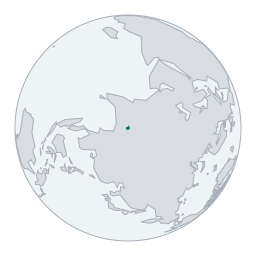 globe centered on Bagmati, rotated 127°
{"feature_id": "NPL-1130", "entity_name": "Bagmati", "entity_type": "District", "adm_level": 1, "iso_a3": "NPL", "parent_name": "Nepal", "parent_adm1": "", "projection": "orthographic", "projection_center": [85.32, 27.846], "detail": "fine", "context": "on_globe", "style": "filled", "palette": "teal", "viewbox_px": 256, "rotation_deg": 127, "n_neighbors": 0, "source": "natural_earth", "source_scale": "10m", "svg_char_len": 10789}
<svg xmlns="http://www.w3.org/2000/svg" viewBox="0 0 256 256"><g transform="rotate(127 128 128)"><circle cx="128" cy="128" r="113" fill="#eef3f6" stroke="#a8b0b8"/><path d="M166.0,22.0L165.8,22.0L171.4,25.4L176.5,27.8L172.8,26.5L184.5,32.4L189.7,36.6L181.8,31.1L179.5,30.1L182.0,32.4L180.2,31.8L180.3,32.7L177.9,32.0L173.5,29.2L171.9,28.8L173.7,30.5L172.5,31.1L170.0,28.6L167.5,29.5L159.8,25.7L155.0,21.0L148.7,19.5L138.6,16.4L137.6,16.6L133.1,16.0L130.1,16.1L129.1,15.8L127.7,16.2L129.2,16.4L129.1,16.8L127.5,16.9L125.9,16.5L126.4,16.3L125.2,16.3L125.0,16.1L124.2,16.3L122.4,16.0L121.8,16.6L118.5,16.6L117.9,16.3L121.1,15.9L126.2,15.4L134.3,15.5L142.4,16.3L150.4,17.6L158.3,19.5L166.0,22.0ZM112.1,16.5L113.1,16.4L109.5,17.0L104.9,17.8L103.7,18.0L112.1,16.5ZM100.6,18.7L100.0,18.9L96.8,19.8L100.6,18.7ZM180.5,29.9L178.9,28.7L181.1,30.1L180.5,29.9ZM180.8,33.0L181.8,33.6L181.4,33.8L180.8,33.0ZM114.9,16.1L114.0,16.2L114.9,16.1ZM116.6,16.0L117.4,15.9L118.3,15.8L117.8,15.8L116.6,16.0ZM177.4,33.0L176.5,33.4L176.7,32.5L177.4,33.0ZM115.5,16.2L119.9,15.7L121.5,15.6L120.9,15.8L115.5,16.2ZM175.5,33.4L173.4,34.7L175.5,35.9L168.3,33.5L172.5,33.0L172.3,31.6L173.8,32.8L175.5,33.4ZM130.4,16.5L128.7,16.2L131.5,16.3L130.4,16.5ZM132.2,16.5L141.2,17.1L142.9,17.8L139.5,17.4L142.9,18.4L139.3,18.4L136.7,17.9L136.3,17.4L135.2,17.8L132.2,16.5ZM164.7,32.1L163.5,32.1L163.9,31.6L164.7,32.1ZM129.3,16.9L130.9,16.9L132.5,17.5L129.5,17.7L129.9,17.4L129.3,16.9ZM145.5,18.7L146.2,19.4L143.5,19.5L143.4,19.8L139.4,18.5L145.5,18.7ZM128.8,17.4L127.9,17.8L125.7,17.7L127.8,17.0L128.8,17.4ZM134.2,17.6L134.8,17.9L133.5,17.8L134.2,17.6ZM117.5,18.1L119.4,17.8L120.4,18.1L117.5,18.1ZM127.7,18.0L128.5,18.0L129.1,18.2L128.1,18.5L127.7,18.0ZM137.8,18.8L136.5,18.8L139.2,19.3L137.3,19.7L135.0,18.8L135.2,19.3L134.6,19.4L133.4,18.6L137.8,18.8ZM128.9,19.2L125.3,18.5L121.5,18.9L120.5,18.6L126.8,18.1L128.9,19.2ZM131.7,18.9L129.7,19.0L129.5,18.5L130.6,18.2L131.7,18.9ZM136.8,20.2L140.4,20.0L140.8,20.2L136.8,20.2ZM127.8,19.4L128.7,19.6L127.6,19.4L127.8,19.4ZM134.1,20.0L135.3,19.9L135.7,20.1L134.1,20.0ZM129.5,20.1L128.3,19.9L129.1,19.6L129.5,20.1ZM131.7,20.2L131.9,20.5L130.1,19.6L132.1,20.0L131.7,20.2ZM134.3,20.3L134.9,20.4L133.8,20.3L134.3,20.3ZM127.3,21.6L124.8,20.5L126.4,19.8L128.7,20.9L127.3,21.6ZM25.9,80.4L36.6,68.9L36.0,72.5L41.2,77.8L41.3,79.6L37.6,83.9L39.0,96.1L43.1,93.5L47.5,101.9L52.4,104.8L59.6,96.2L51.6,91.1L53.3,85.5L62.2,85.5L69.7,90.4L70.6,88.4L68.5,81.7L72.8,79.6L68.0,79.2L68.0,81.8L65.0,81.8L64.9,79.5L66.4,78.7L64.9,76.6L57.9,81.3L57.2,84.5L51.6,82.1L49.8,87.2L47.4,88.2L49.5,80.0L51.3,77.8L53.2,67.9L50.7,69.9L48.9,79.6L48.3,78.1L45.0,81.4L47.0,77.8L49.7,67.2L46.5,65.2L37.7,70.4L36.8,69.0L38.1,65.1L45.9,56.9L47.1,61.0L49.9,58.6L53.6,53.2L53.7,55.1L55.3,53.6L56.2,55.1L61.3,53.5L62.7,54.8L68.5,50.9L70.0,51.2L66.1,53.3L64.3,55.7L68.3,59.6L70.2,59.4L73.6,56.6L74.3,58.2L77.1,55.1L81.2,56.3L78.5,52.4L82.4,49.6L87.0,48.7L87.8,47.2L80.4,48.7L77.8,50.0L76.5,52.1L69.2,55.6L67.0,55.1L72.7,49.1L70.2,47.9L75.8,44.2L92.5,41.9L97.5,42.9L97.9,50.5L94.5,51.6L92.7,49.4L90.9,54.0L92.7,52.4L93.3,53.9L97.2,52.0L97.8,53.0L100.5,49.6L101.7,50.6L99.9,52.7L106.7,51.3L110.1,53.1L111.4,52.3L111.7,51.0L115.8,54.4L116.6,53.7L115.5,52.3L116.3,50.0L119.3,47.5L120.5,48.8L119.6,49.9L119.6,54.4L117.0,57.3L117.8,57.6L120.4,55.4L120.4,49.9L121.8,48.1L122.3,50.5L122.3,49.5L123.4,49.0L125.7,49.9L125.3,47.2L135.8,41.3L141.3,42.7L140.5,45.3L149.2,43.6L154.7,46.0L153.7,44.6L157.1,43.2L155.5,42.4L155.3,41.7L163.4,38.8L166.3,39.3L168.7,37.1L168.2,36.5L166.2,35.9L168.3,33.5L175.5,35.9L176.3,37.2L180.2,38.1L181.5,41.1L184.3,44.1L183.4,47.3L185.7,49.7L187.0,49.8L191.1,53.5L195.2,61.1L186.2,54.3L179.0,44.2L181.5,48.1L179.2,47.1L179.0,48.6L180.9,51.5L182.2,51.8L176.5,57.4L177.7,66.3L181.7,65.1L185.2,67.3L190.1,77.9L186.2,94.3L190.8,98.6L191.8,101.8L189.2,104.4L187.7,99.7L184.2,98.5L183.8,95.7L179.2,98.7L178.4,94.7L175.2,99.3L177.5,102.2L181.9,100.8L179.4,106.8L185.1,111.6L186.8,118.2L180.8,131.2L173.1,135.9L172.8,138.0L169.2,136.1L165.2,140.7L172.6,151.6L172.7,155.0L165.8,162.0L165.5,159.6L155.9,154.4L154.7,162.4L162.0,168.3L164.5,175.5L159.1,173.7L156.5,167.3L153.1,165.3L153.7,158.4L150.1,148.3L144.7,150.4L144.7,146.2L139.0,137.7L131.0,140.4L118.6,151.1L117.5,161.6L112.9,165.8L105.9,150.1L105.0,139.5L101.0,140.0L95.0,130.2L80.5,126.6L79.7,123.6L76.7,124.1L72.6,120.1L71.8,115.2L68.8,114.5L71.2,127.5L74.6,128.3L79.1,125.0L79.0,129.3L83.1,134.1L74.1,142.0L54.7,144.5L54.9,136.3L51.1,110.6L52.4,108.4L52.5,108.1L52.6,107.6L50.0,110.9L50.1,106.0L49.8,123.0L48.9,129.7L54.4,144.8L53.3,145.7L55.8,149.2L66.1,149.8L65.7,152.3L59.5,162.3L47.1,172.5L50.0,183.3L51.2,191.2L46.2,193.2L49.4,199.7L47.2,199.9L48.9,203.2L48.8,205.2L47.5,205.7L42.2,200.9L39.7,197.7L33.7,189.3L24.4,170.7L23.4,164.9L22.0,158.8L18.5,142.2L19.1,135.8L18.7,131.7L17.6,130.2L17.4,125.3L17.0,123.9L15.8,118.0L17.1,108.3L19.2,98.8L22.2,89.5L25.9,80.4ZM29.6,76.7L28.5,78.5L29.6,76.7ZM75.4,100.9L81.3,103.6L82.4,96.4L84.7,96.9L84.2,94.4L82.4,95.9L81.8,89.3L85.7,88.6L86.9,85.8L84.9,84.8L77.9,87.3L78.8,96.6L75.8,98.5L75.4,100.9ZM63.7,44.8L62.7,46.3L60.5,47.6L58.7,46.7L61.9,44.8L63.7,44.8ZM61.8,48.4L68.0,43.2L69.4,43.8L67.6,44.2L67.9,45.2L65.0,46.3L60.2,52.3L58.0,53.8L55.9,50.9L57.8,50.9L58.6,49.2L61.8,48.4ZM81.5,31.5L84.2,30.0L83.7,33.1L81.2,34.2L79.2,33.2L81.0,31.3L81.5,31.5ZM113.6,17.0L114.7,16.7L115.1,16.8L114.6,17.0L113.6,17.0ZM118.3,18.0L109.4,18.4L110.2,18.0L104.0,19.0L103.7,18.6L107.7,17.9L102.8,18.5L106.2,17.7L102.7,18.4L111.6,16.8L114.6,16.3L111.4,17.0L111.7,17.3L112.7,17.3L117.6,17.1L124.1,16.6L125.3,17.1L124.5,17.7L123.2,17.9L122.8,17.4L121.3,18.0L119.6,17.5L118.3,18.0ZM114.3,27.3L114.4,26.1L111.1,28.5L109.5,27.5L109.2,27.8L106.8,27.7L103.4,28.1L103.1,27.5L101.9,28.0L100.3,28.0L98.5,28.5L97.4,27.7L95.2,28.3L95.9,27.6L92.3,28.9L94.5,27.6L92.6,27.7L91.5,28.9L89.7,24.8L87.3,24.6L84.2,25.3L88.3,23.3L93.8,21.7L99.5,20.7L101.2,21.4L102.8,20.6L104.1,20.8L102.3,21.3L105.8,20.6L106.3,20.9L111.4,20.9L116.0,20.0L118.0,20.1L116.5,20.6L119.5,20.4L118.0,21.6L119.3,21.8L119.2,23.3L115.5,24.6L117.3,24.7L117.2,26.1L114.3,27.3ZM127.1,22.0L123.1,23.3L120.2,23.6L121.6,20.8L120.6,20.5L121.4,19.1L125.6,18.9L125.0,19.3L125.4,19.7L123.9,19.6L125.3,19.9L124.5,20.5L125.4,21.0L123.9,21.3L127.1,22.0ZM43.4,78.8L43.8,79.7L45.0,80.6L42.9,82.9L43.4,78.8ZM45.1,71.6L45.7,71.9L43.4,75.2L43.0,74.3L45.1,71.6ZM48.1,69.4L46.0,71.7L46.8,69.9L48.1,69.4ZM67.0,53.6L68.0,53.9L67.3,54.7L65.8,55.4L67.0,53.6ZM104.1,35.5L104.7,34.4L105.4,34.4L108.5,32.5L109.9,33.3L108.6,34.7L104.1,35.5ZM57.1,97.0L54.6,98.0L54.3,96.6L55.3,96.5L57.1,97.0ZM47.5,90.2L48.8,93.0L47.0,90.8L47.5,90.2ZM106.2,36.0L107.3,35.1L107.4,36.1L106.2,36.0ZM111.1,33.8L111.5,34.7L110.4,33.1L111.1,33.8ZM107.0,236.1L109.1,236.8L107.2,236.6L107.0,236.1ZM65.9,195.8L64.8,207.5L60.6,205.9L58.1,201.6L57.2,194.0L61.5,193.4L63.1,190.3L65.9,195.8ZM189.5,187.7L192.4,187.5L192.2,187.9L189.5,187.7ZM186.7,186.9L190.0,186.3L186.0,188.0L186.7,186.9ZM191.2,186.0L194.6,184.4L196.0,183.3L195.7,184.3L191.2,186.0ZM184.4,187.4L171.5,189.5L166.3,189.0L167.7,187.2L176.1,186.4L184.4,187.4ZM167.2,187.2L159.2,183.4L147.4,170.1L151.6,170.1L163.8,177.7L163.0,179.2L167.9,182.4L167.2,187.2ZM186.4,175.6L185.6,180.0L178.6,180.9L175.4,180.8L173.2,175.5L174.4,172.4L177.1,172.1L186.9,160.4L190.5,162.1L187.6,166.9L190.5,170.2L186.4,175.6ZM118.0,162.6L120.8,168.9L118.3,169.8L118.0,162.6ZM190.5,152.4L186.8,157.7L190.1,151.0L190.5,152.4ZM192.2,146.3L192.6,148.6L190.8,146.7L192.2,146.3ZM173.1,141.3L170.3,142.2L170.0,140.6L173.5,138.4L173.1,141.3ZM188.1,123.8L188.8,128.7L188.6,130.5L186.9,127.8L188.1,123.8ZM120.1,43.2L114.2,44.8L111.0,46.9L110.7,49.4L108.6,46.8L113.6,43.5L120.1,43.2ZM133.7,41.3L134.0,39.4L135.6,40.0L135.7,40.5L133.7,41.3ZM132.7,40.3L129.9,38.6L131.2,37.4L133.1,39.0L132.7,40.3ZM117.9,36.8L116.0,37.1L116.0,36.3L117.9,36.8ZM199.7,214.9L201.5,213.2L203.8,211.4L199.7,214.9ZM197.1,211.2L177.8,221.5L174.2,221.8L176.3,219.4L175.5,213.5L176.8,213.4L177.5,208.8L189.6,201.9L198.7,191.3L204.0,190.1L208.9,182.4L213.9,180.7L211.6,186.3L215.8,187.1L221.0,174.4L221.2,184.4L222.7,186.2L220.3,192.1L208.9,206.4L204.5,210.5L204.8,210.1L202.7,212.0L201.0,212.9L202.1,210.4L200.0,212.2L203.0,209.0L199.5,212.3L199.6,210.8L197.1,211.2ZM231.7,172.0L231.7,171.9L231.7,172.0ZM235.3,162.4L235.7,160.9L235.7,161.1L235.3,162.4ZM235.5,158.9L235.8,157.9L235.8,158.3L235.5,158.9ZM196.5,186.4L200.6,182.1L202.6,181.2L196.5,186.4ZM235.5,158.0L234.9,158.7L235.1,158.0L235.5,158.0ZM235.7,156.5L235.8,155.7L235.8,157.3L235.7,156.5ZM234.9,155.9L235.4,156.6L234.8,156.2L234.9,155.9ZM234.4,156.7L233.9,156.6L233.9,156.3L234.4,156.7ZM226.5,164.5L228.7,167.8L226.4,169.4L224.1,167.8L221.5,172.2L216.2,174.4L217.6,171.8L217.1,169.2L211.1,170.5L209.8,169.0L212.1,166.8L207.9,166.7L212.6,164.1L214.3,167.5L216.9,163.3L220.9,162.2L224.6,161.5L227.2,162.9L226.5,164.5ZM212.3,173.1L213.0,172.8L212.3,174.3L212.3,173.1ZM232.9,155.5L233.6,156.6L233.5,157.2L233.1,157.3L232.9,155.5ZM227.9,161.7L230.8,156.4L231.4,156.0L229.4,161.1L227.9,161.7ZM230.3,154.7L231.5,154.2L232.0,155.6L231.7,156.3L230.3,154.7ZM202.8,172.7L202.6,173.9L201.3,173.4L202.8,172.7ZM204.5,171.5L208.2,171.5L204.1,172.6L204.5,171.5ZM192.4,170.8L193.6,173.2L197.4,170.5L194.5,173.7L196.9,177.5L195.9,179.4L193.6,175.3L192.5,180.4L190.8,180.7L190.0,176.7L191.8,171.1L193.5,168.5L200.3,165.9L192.4,170.8ZM204.5,168.2L203.5,165.3L204.2,162.9L205.3,164.3L204.5,168.2ZM200.2,158.4L197.1,155.3L194.6,157.4L199.5,150.8L201.6,154.8L200.2,158.4ZM197.2,150.7L194.9,152.6L197.2,148.8L197.2,150.7ZM194.2,151.4L193.7,148.8L195.6,148.7L194.2,151.4ZM198.5,150.4L198.5,145.8L199.7,148.2L198.5,150.4ZM192.2,143.0L196.8,146.4L191.2,145.8L189.9,137.1L192.2,136.3L192.2,143.0ZM198.1,104.0L196.9,101.6L198.7,100.5L199.0,102.4L198.1,104.0ZM203.4,95.4L198.8,99.4L194.9,103.0L196.6,103.8L196.7,108.3L193.5,104.9L195.4,99.3L198.6,97.4L198.0,93.7L199.7,90.6L197.7,86.4L198.1,84.2L200.9,87.5L203.4,95.4ZM196.7,84.7L193.9,77.2L197.7,77.1L199.2,78.8L198.9,82.2L196.9,81.9L196.7,84.7ZM194.3,75.4L192.4,75.2L184.0,65.6L183.2,63.6L191.6,70.5L190.2,70.7L191.6,73.2L194.3,75.4ZM164.4,32.8L163.6,32.2L164.9,32.5L164.4,32.8ZM154.3,41.3L154.2,40.4L155.7,40.6L154.3,41.3ZM154.8,38.0L153.2,38.3L154.4,37.4L154.8,38.0ZM149.6,39.2L152.3,38.2L150.5,40.0L149.6,39.2Z" fill="#d9dde1" stroke="#a8b0b8" stroke-width="1"/><path d="M127.6,127.0L127.8,127.1L128.0,127.1L128.3,127.1L128.5,127.2L128.7,127.3L128.8,127.3L129.0,127.5L129.1,127.8L129.3,127.9L129.2,128.0L129.1,128.3L129.0,128.5L128.9,128.6L128.9,128.8L128.7,128.9L128.7,129.0L128.4,128.9L128.2,128.8L127.9,128.7L127.8,128.4L127.7,128.3L127.5,128.2L127.4,128.3L127.2,128.3L127.1,128.2L126.9,128.2L127.0,128.1L127.0,127.9L127.0,127.7L127.3,127.5L127.3,127.4L127.4,127.2L127.5,127.2L127.6,127.0Z" fill="#14b8a6" stroke="#0f766e" stroke-width="1.5"/></g></svg>